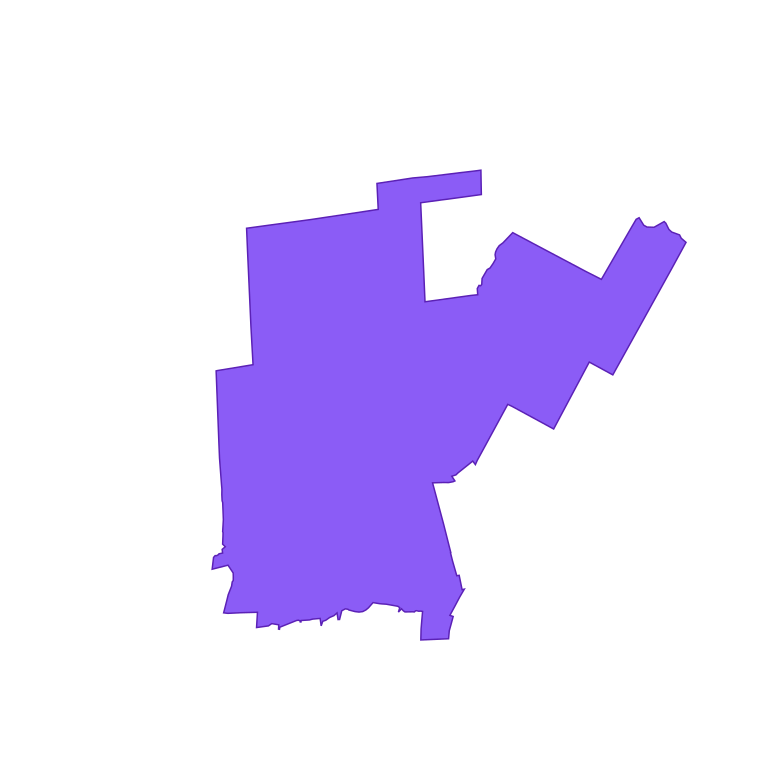 Vitanesti, Teleorman, Romania, rotated 299°
{"feature_id": "2599482B39756313784680", "entity_name": "Vitanesti", "entity_type": "district", "adm_level": 2, "iso_a3": "ROU", "parent_name": "Romania", "parent_adm1": "Teleorman", "projection": "natural_earth1", "projection_center": [25.463, 44.005], "detail": "fine", "context": "isolated", "style": "filled", "palette": "violet", "viewbox_px": 768, "rotation_deg": 299, "n_neighbors": 0, "source": "geoboundaries", "source_scale": "gbopen_adm2", "svg_char_len": 2403}
<svg xmlns="http://www.w3.org/2000/svg" viewBox="0 0 768 768"><g transform="rotate(299 384 384)"><path d="M617.5,364.4L615.4,361.6L607.9,351.2L607.0,349.9L603.5,345.1L586.4,321.5L578.1,309.2L556.0,280.6L533.9,294.3L492.6,240.6L467.5,206.9L453.6,188.3L434.6,199.9L369.2,240.1L337.4,260.1L315.0,231.8L314.1,230.8L250.7,269.2L239.4,276.1L217.3,290.6L213.3,293.3L208.6,295.8L203.4,299.0L202.1,300.4L187.4,309.3L176.6,314.5L176.1,315.2L172.7,317.0L165.7,320.5L164.7,324.1L160.9,322.6L157.9,324.8L155.5,322.0L154.5,321.9L152.8,320.9L152.0,319.5L149.7,319.0L138.7,323.5L149.9,335.4L145.6,343.7L142.4,345.6L139.1,347.4L137.3,347.2L133.3,348.7L124.2,349.9L118.7,351.4L106.1,354.7L107.7,358.6L114.5,369.6L123.0,384.0L109.2,390.6L116.4,400.2L120.0,402.0L121.9,407.4L122.3,408.7L118.5,410.6L118.8,411.5L120.8,410.8L134.8,422.2L135.9,423.6L136.2,425.4L135.3,426.0L135.6,426.7L137.0,426.2L141.5,433.2L143.8,435.6L148.0,441.8L142.0,446.3L146.8,445.5L149.1,447.6L153.5,449.7L157.1,452.5L161.0,453.9L155.7,458.0L156.5,459.3L165.2,457.0L168.6,459.2L169.5,461.7L169.3,462.8L170.9,469.0L172.4,472.7L174.6,475.7L177.6,477.7L180.7,478.9L187.5,480.4L189.7,486.6L190.7,488.9L192.5,492.7L196.0,503.0L196.3,504.0L196.0,506.2L191.5,507.2L195.9,508.3L195.0,510.9L194.8,512.8L198.6,519.4L199.4,521.1L200.8,521.5L201.6,522.5L202.0,524.3L203.2,526.3L203.8,528.0L195.7,531.6L187.7,535.2L178.0,540.3L192.5,564.0L199.9,560.7L207.0,559.0L214.2,557.2L213.6,553.8L224.0,553.7L234.3,553.5L243.5,553.7L242.0,552.0L253.1,542.5L251.6,540.6L262.5,529.7L268.6,524.0L268.9,524.2L274.0,519.4L290.2,504.2L321.1,474.4L326.7,483.8L329.1,488.3L332.0,491.8L333.6,493.0L336.2,488.0L339.4,491.0L342.1,491.8L359.6,499.0L357.8,503.0L362.5,502.6L378.1,502.5L426.2,502.1L426.5,506.5L426.9,554.2L502.7,552.9L502.9,579.7L624.3,579.7L639.3,579.6L654.3,579.5L655.6,573.3L657.7,570.2L656.4,562.0L657.3,558.3L659.0,555.8L660.9,553.1L661.3,552.5L661.5,551.6L661.9,550.3L652.0,544.2L648.8,538.0L648.8,534.2L653.1,526.5L650.3,524.7L641.6,524.5L580.9,523.4L580.3,506.3L579.3,452.4L578.8,423.2L565.1,419.6L560.9,417.7L557.0,417.3L553.5,417.6L550.9,418.5L547.6,421.1L542.2,421.0L536.9,420.5L534.1,418.8L523.9,418.6L518.5,421.2L516.8,420.9L516.3,419.3L512.7,419.3L507.5,422.7L503.6,417.1L475.8,380.0L501.8,364.1L560.3,328.2L573.2,345.5L576.7,350.3L589.1,366.9L596.9,377.3L607.4,371.2L618.0,365.1L617.5,364.4Z" fill="#8b5cf6" stroke="#5b21b6" stroke-width="1.5"/></g></svg>